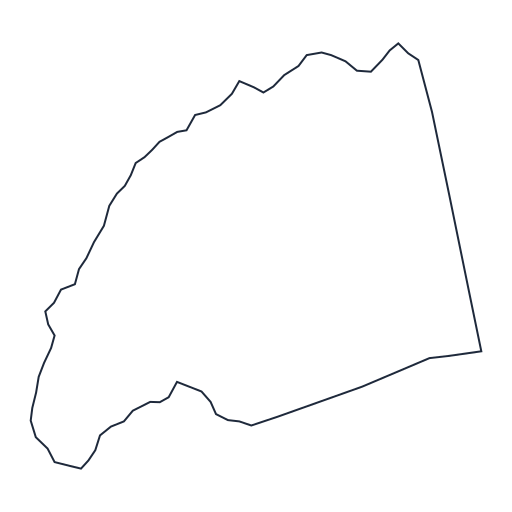 outline of Atalanta, Santa Catarina, Brazil
{"feature_id": "56859067B17300048958719", "entity_name": "Atalanta", "entity_type": "district", "adm_level": 2, "iso_a3": "BRA", "parent_name": "Brazil", "parent_adm1": "Santa Catarina", "projection": "equal_earth", "projection_center": [-49.763, -27.436], "detail": "fine", "context": "isolated", "style": "outline", "palette": "slate", "viewbox_px": 512, "rotation_deg": 0, "n_neighbors": 0, "source": "geoboundaries", "source_scale": "gbopen_adm2", "svg_char_len": 1023}
<svg xmlns="http://www.w3.org/2000/svg" viewBox="0 0 512 512"><path d="M201.5,391.5L210.6,401.9L216.0,414.1L227.9,420.1L239.3,421.4L251.3,425.5L277.7,416.7L362.3,386.6L429.5,358.1L448.1,356.0L481.3,351.3L468.5,289.1L449.5,196.2L432.0,111.9L418.3,60.0L408.2,53.3L398.3,43.4L389.7,50.4L382.4,59.8L370.9,71.7L356.9,70.7L345.5,61.3L331.1,55.1L321.6,52.5L306.7,55.1L298.5,66.0L284.2,75.1L273.3,86.5L263.4,92.5L253.9,87.3L239.3,81.1L231.9,93.8L220.3,105.2L205.9,112.4L195.1,115.0L186.5,130.3L177.2,131.9L168.1,137.1L159.5,141.8L152.2,149.8L144.6,157.1L135.7,163.0L130.8,175.2L124.8,185.9L116.9,193.6L109.3,205.8L103.9,225.8L94.0,242.1L86.4,258.2L79.0,269.1L74.9,284.2L61.0,289.6L54.0,302.8L45.3,311.4L48.2,324.4L54.6,335.5L51.1,348.0L44.1,362.8L38.7,376.8L36.1,392.6L32.3,407.9L30.7,420.6L35.8,437.2L47.6,448.6L54.6,462.1L70.1,466.0L81.0,468.6L88.4,460.5L95.3,450.2L100.0,435.4L110.9,426.6L123.9,421.4L132.8,410.7L150.2,401.9L159.8,402.2L168.7,397.2L177.0,381.9L201.5,391.5Z" fill="none" stroke="#1e293b" stroke-width="2"/></svg>